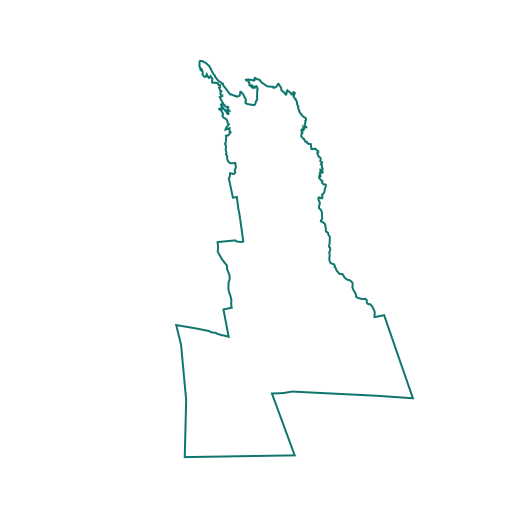 outline of Vaimauga West, Tuamasaga, Samoa, rotated 346°
{"feature_id": "51752279B6831491074988", "entity_name": "Vaimauga West", "entity_type": "district", "adm_level": 2, "iso_a3": "WSM", "parent_name": "Samoa", "parent_adm1": "Tuamasaga", "projection": "equal_earth", "projection_center": [-171.762, -13.882], "detail": "fine", "context": "isolated", "style": "outline", "palette": "teal", "viewbox_px": 512, "rotation_deg": 346, "n_neighbors": 0, "source": "geoboundaries", "source_scale": "gbopen_adm2", "svg_char_len": 6030}
<svg xmlns="http://www.w3.org/2000/svg" viewBox="0 0 512 512"><g transform="rotate(346 256 256)"><path d="M337.7,134.6L337.6,134.2L336.0,132.6L335.0,131.5L334.4,129.8L334.0,129.4L333.5,127.8L333.2,127.4L333.1,126.2L333.3,125.4L332.9,125.2L332.7,122.8L332.9,121.6L333.3,121.1L332.9,120.7L332.6,118.3L332.7,117.6L333.1,116.2L332.5,114.7L332.4,113.4L332.1,113.4L331.0,110.1L331.8,109.1L331.4,108.3L332.0,106.8L332.8,107.6L333.1,107.0L332.0,106.1L330.5,108.0L329.9,107.2L329.4,107.5L328.9,106.2L327.6,104.1L326.8,103.5L326.5,102.9L326.0,103.3L324.4,106.7L324.0,106.7L323.4,105.8L323.4,104.8L320.9,101.5L320.7,100.9L321.1,99.2L320.9,98.3L319.4,94.3L318.8,94.5L318.6,95.1L317.3,96.3L315.7,97.0L314.6,97.2L313.5,96.8L313.6,96.0L312.5,95.5L311.6,95.4L309.5,94.7L307.9,94.0L307.1,93.3L306.0,91.8L305.1,90.9L303.5,89.1L302.8,87.8L302.7,87.1L302.1,86.7L302.0,85.8L301.4,85.3L300.4,85.1L299.0,84.0L298.8,83.5L298.1,82.9L297.4,83.5L297.3,84.8L296.5,85.4L295.9,84.9L291.0,82.7L288.9,82.6L289.0,83.3L290.9,83.1L290.7,85.0L291.5,85.8L291.3,86.4L291.3,88.2L290.9,88.5L293.5,92.1L293.7,91.8L292.6,90.2L293.2,89.4L295.5,92.4L296.6,91.2L297.5,91.3L297.7,91.9L298.0,93.6L297.9,94.8L297.5,94.8L295.7,101.2L295.0,104.4L294.6,105.1L293.9,105.2L291.9,108.6L290.6,109.1L285.1,106.8L283.1,105.5L282.8,105.0L283.6,102.7L284.0,102.3L283.9,101.2L283.5,100.0L283.0,97.4L282.1,94.6L281.0,93.1L280.6,92.9L280.1,93.6L279.9,94.8L278.8,96.5L276.2,96.8L275.6,96.5L274.9,95.6L274.5,95.8L270.3,92.7L270.0,92.9L266.7,85.1L265.3,82.1L265.5,81.1L265.1,81.1L264.6,79.9L262.1,77.1L260.9,75.2L260.3,73.2L259.7,72.3L259.7,71.0L258.9,69.6L258.3,67.8L257.5,64.1L256.5,60.1L253.7,56.2L252.6,55.5L251.9,54.6L250.6,53.7L248.9,53.2L248.0,54.4L247.2,57.9L246.9,58.2L247.3,59.1L247.2,60.7L248.3,61.0L248.5,62.5L247.9,62.0L247.7,61.4L247.2,61.5L247.2,62.1L248.1,62.5L248.1,63.1L248.7,63.5L248.9,64.7L248.0,66.8L248.7,68.8L249.9,70.0L250.7,69.9L252.2,67.7L252.6,69.7L253.3,71.8L253.8,71.7L255.4,70.5L255.7,71.7L256.6,73.4L255.8,75.2L255.4,76.7L255.6,77.3L256.5,77.6L257.7,77.6L258.2,78.2L259.1,78.3L260.1,78.9L260.6,78.9L260.8,80.5L261.5,81.1L262.4,81.5L262.0,82.3L262.1,83.3L260.9,83.6L261.4,87.7L262.1,87.5L262.3,87.8L261.3,88.6L260.6,90.5L261.5,92.0L262.1,92.0L262.0,92.7L260.4,92.8L259.3,93.0L260.1,97.0L260.8,99.3L261.2,101.0L262.0,102.1L262.5,103.6L263.7,104.2L265.0,104.6L265.0,105.2L264.4,105.2L264.1,106.3L264.1,107.6L265.2,108.2L265.4,108.6L263.4,108.4L263.2,108.7L264.0,109.9L263.6,111.6L262.8,111.3L262.4,110.4L261.9,107.3L261.3,107.5L260.9,106.1L260.5,106.0L260.0,104.9L259.8,103.8L259.2,104.1L258.3,105.4L257.8,105.2L259.7,101.8L259.3,100.4L258.6,100.7L259.0,102.5L257.3,105.5L256.4,104.5L255.2,103.9L257.5,106.5L258.0,108.7L258.5,110.1L257.4,111.6L257.4,112.8L258.2,114.0L260.4,116.3L260.7,117.5L260.8,120.1L261.0,121.5L261.4,121.7L257.7,124.7L257.0,126.0L261.3,125.6L260.4,128.8L261.3,129.7L258.3,132.3L255.9,132.0L255.7,133.7L255.0,136.1L254.3,138.0L253.8,138.9L253.0,139.6L253.5,142.2L252.6,144.6L252.2,146.4L252.4,148.4L251.4,150.2L252.1,151.7L252.1,152.4L251.5,155.1L251.9,157.4L252.9,159.3L253.5,159.7L256.8,160.6L258.3,160.7L258.0,164.9L255.9,168.2L256.1,169.9L254.3,171.1L250.9,169.4L250.0,172.1L248.4,174.2L247.7,193.8L251.7,194.1L250.3,205.8L250.1,211.1L247.2,238.8L245.7,239.0L242.7,238.0L241.5,237.7L239.5,236.1L239.5,235.8L222.1,233.2L221.2,239.1L219.9,242.5L222.1,250.8L225.5,258.3L225.0,260.5L224.8,262.1L225.6,267.7L225.3,270.7L224.5,272.7L223.3,274.3L221.6,279.9L221.1,282.7L221.2,285.8L221.5,288.3L221.5,292.8L221.0,294.5L220.5,295.4L220.4,296.9L219.8,298.7L220.0,300.3L211.5,300.0L209.9,327.8L207.2,326.2L204.2,324.7L202.9,324.3L202.0,323.4L201.0,323.0L199.7,322.3L199.1,321.5L198.1,320.7L195.4,319.8L193.8,318.8L192.0,317.3L180.3,311.8L161.9,303.7L161.8,324.0L153.4,378.9L138.2,433.9L245.3,458.8L238.2,393.3L249.3,395.6L258.4,396.3L339.9,421.0L373.8,432.0L366.0,344.4L356.2,344.0L356.5,342.7L357.2,340.8L357.6,339.1L357.5,337.8L356.7,333.6L355.2,330.4L353.4,330.0L352.5,328.8L352.4,327.1L352.7,326.0L352.6,325.1L351.5,323.9L350.0,323.9L348.1,323.2L345.8,321.9L344.4,321.0L343.3,320.0L343.6,317.3L343.3,315.6L342.6,313.5L342.1,311.6L342.0,309.5L342.8,307.5L343.1,305.5L342.8,304.6L341.9,303.2L340.8,302.0L339.3,301.4L338.1,300.2L337.2,299.1L336.6,297.9L335.8,295.1L335.2,294.3L334.0,294.1L332.6,293.5L330.7,289.7L330.3,286.6L329.6,285.8L330.1,284.8L329.9,283.1L327.2,281.4L326.4,280.2L326.2,277.4L326.6,276.0L327.8,272.8L327.9,270.2L329.2,268.7L329.5,267.8L329.8,266.0L329.2,265.0L329.2,264.3L330.7,260.9L332.2,255.6L332.1,254.8L331.4,252.9L331.4,250.7L330.8,250.0L330.0,249.6L329.8,249.0L330.5,245.9L330.4,244.5L330.8,242.4L330.4,241.2L329.5,239.9L328.4,239.1L327.3,237.9L327.6,237.3L328.4,236.6L329.3,235.6L329.6,234.4L329.9,232.0L330.5,229.9L330.3,227.3L328.7,224.7L329.1,223.2L330.0,221.7L330.8,219.7L330.8,218.6L330.3,217.5L330.2,216.7L330.6,214.9L331.1,214.3L331.9,214.6L332.6,215.5L333.9,216.0L334.5,215.6L334.8,214.5L334.6,213.2L335.0,212.4L336.0,212.1L337.6,210.7L339.4,207.0L340.2,206.0L341.0,204.2L340.6,203.4L338.7,202.6L337.8,201.0L337.8,200.6L338.6,199.4L337.5,198.4L337.0,197.4L336.8,196.3L336.3,196.0L336.1,195.2L336.9,193.5L337.4,194.2L337.9,194.2L337.9,192.0L338.2,190.3L338.9,190.4L340.4,191.3L340.9,191.1L340.9,189.7L340.2,189.5L339.5,188.7L339.3,187.8L341.3,188.1L341.7,187.9L341.9,186.9L341.4,185.8L341.9,184.1L341.1,182.7L342.6,181.8L342.8,181.1L342.2,180.8L341.3,179.4L341.9,178.6L342.4,176.8L341.9,175.7L340.9,174.9L340.3,171.6L340.4,170.9L341.6,170.4L341.7,169.3L340.9,168.6L339.4,166.2L338.0,166.0L336.9,166.0L335.7,165.6L336.0,164.6L335.7,163.0L336.2,161.8L336.2,160.6L334.0,159.9L333.6,159.0L332.9,158.7L332.9,157.4L331.5,157.0L331.6,156.0L330.7,154.5L330.8,153.7L330.1,153.3L328.9,151.0L329.2,149.6L329.9,148.2L330.8,147.8L330.3,147.0L330.8,146.0L330.4,145.2L330.7,144.6L331.7,144.2L332.3,145.4L332.8,145.1L332.9,143.3L333.2,143.9L333.7,144.0L334.3,142.8L335.9,143.3L335.9,142.8L334.6,141.3L334.6,140.6L335.0,140.4L336.3,138.5L336.4,136.8L337.5,136.0L337.7,134.6Z" fill="none" stroke="#0f766e" stroke-width="2"/></g></svg>